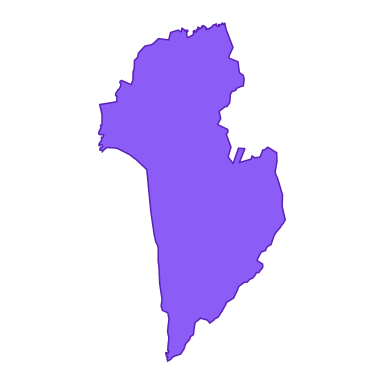 Jakusko, Yobe, Nigeria (Equal Earth projection)
{"feature_id": "59680162B40329870656537", "entity_name": "Jakusko", "entity_type": "district", "adm_level": 2, "iso_a3": "NGA", "parent_name": "Nigeria", "parent_adm1": "Yobe", "projection": "equal_earth", "projection_center": [10.871, 12.419], "detail": "fine", "context": "isolated", "style": "filled", "palette": "violet", "viewbox_px": 384, "rotation_deg": 0, "n_neighbors": 0, "source": "geoboundaries", "source_scale": "gbopen_adm2", "svg_char_len": 5832}
<svg xmlns="http://www.w3.org/2000/svg" viewBox="0 0 384 384"><path d="M285.3,219.9L282.2,206.6L282.5,195.0L278.8,182.4L277.4,178.0L275.7,174.5L275.2,171.6L277.0,161.3L276.6,152.5L276.0,152.3L267.8,147.2L266.5,148.2L264.7,149.8L263.9,150.0L262.8,149.9L260.1,157.0L255.0,157.8L252.1,156.0L251.0,159.2L239.4,162.5L244.7,149.2L244.5,148.6L238.5,148.2L233.1,163.5L228.1,156.9L231.0,147.0L226.3,134.5L227.9,131.9L227.7,129.5L217.6,124.5L220.7,118.7L220.6,118.0L219.1,111.3L225.3,106.5L226.9,106.6L229.7,102.7L230.3,96.2L230.1,95.6L231.4,92.0L235.9,90.2L236.4,88.4L242.2,86.0L243.3,86.0L244.1,79.5L244.1,78.7L243.1,75.1L239.7,72.9L239.2,71.4L238.0,61.8L229.6,58.3L229.0,57.6L229.1,56.1L229.3,55.5L233.0,47.4L226.2,29.7L226.1,29.4L225.1,24.8L225.0,24.3L225.0,23.7L224.7,23.3L224.4,23.6L224.4,24.0L224.3,24.4L224.5,24.7L224.4,24.9L224.1,24.8L223.8,24.4L223.4,24.3L223.1,24.2L222.8,24.4L222.5,24.4L222.6,24.0L222.7,23.5L222.7,23.2L222.4,23.0L222.1,23.2L221.9,23.6L221.8,24.0L221.7,24.2L221.2,24.4L220.5,24.6L219.9,24.5L219.1,24.6L218.6,24.6L218.5,24.9L218.8,25.3L219.1,25.5L219.3,25.8L219.3,26.1L219.2,26.4L218.1,26.3L217.4,26.0L216.6,26.0L216.3,25.8L216.2,25.4L216.2,25.0L216.2,24.7L216.4,24.5L216.5,24.1L216.3,23.9L216.0,23.9L215.9,24.4L215.7,24.6L215.6,24.9L215.2,24.8L214.5,24.7L213.7,24.8L212.8,25.5L212.4,26.0L212.0,26.8L211.3,27.1L210.8,27.8L210.3,27.8L209.8,28.0L209.5,28.3L209.2,28.5L209.0,28.8L208.7,29.0L208.4,28.9L208.1,28.7L207.5,28.7L207.2,29.0L207.0,28.8L206.6,28.8L206.4,29.1L206.2,29.5L205.9,29.3L205.9,28.9L206.0,28.4L205.8,28.1L205.8,27.7L206.0,27.4L205.7,27.2L205.3,27.1L205.1,26.7L204.9,26.5L204.7,26.4L204.3,26.5L203.8,26.5L203.7,26.3L203.7,25.9L203.6,25.6L203.1,25.7L202.9,26.0L202.5,26.3L202.0,26.2L201.8,26.2L201.7,26.9L201.7,27.3L201.9,27.5L201.1,28.0L200.1,28.7L199.9,28.6L199.8,28.2L199.8,27.9L199.5,27.9L199.4,28.3L199.2,28.8L199.1,29.1L198.9,29.0L198.8,28.4L198.7,27.9L198.6,27.5L198.4,27.3L198.1,27.2L197.9,27.3L197.9,27.9L197.9,28.4L197.6,28.9L197.5,29.5L197.6,29.9L197.4,30.1L197.2,30.1L197.1,29.7L196.8,29.7L196.5,29.8L196.4,30.3L196.5,30.9L196.6,31.2L196.6,31.6L196.1,31.8L195.4,32.1L194.7,32.1L194.4,31.9L194.3,31.6L194.5,31.3L194.8,31.3L194.8,30.9L194.5,30.7L193.9,30.6L193.7,31.1L193.3,31.5L193.2,31.8L193.3,32.1L193.5,32.4L193.6,32.9L193.6,33.4L193.3,33.9L193.0,34.2L192.8,34.8L192.6,35.3L192.0,35.5L191.7,35.7L191.0,35.7L190.6,36.0L190.2,36.3L189.9,36.6L189.6,36.9L189.1,36.9L188.6,37.1L188.3,37.4L188.1,37.7L187.8,37.7L187.4,37.3L187.0,36.8L186.8,36.2L187.0,35.8L186.9,35.3L186.6,34.9L186.8,32.8L186.9,32.4L187.2,32.0L187.5,31.6L187.8,31.4L187.9,31.0L187.9,30.6L187.7,30.4L187.3,30.4L186.9,30.3L186.6,30.1L186.2,30.3L186.2,30.8L186.1,31.2L186.0,31.5L185.4,31.5L185.1,31.2L184.9,30.7L184.8,30.3L184.5,29.8L183.7,29.5L183.2,29.2L182.8,29.0L182.6,28.9L182.6,28.6L182.5,28.4L182.2,28.2L181.9,28.4L181.7,28.6L181.7,29.3L181.6,29.7L181.7,30.4L181.6,30.8L181.5,31.3L181.2,31.8L178.2,30.1L173.7,31.5L172.0,32.1L170.6,32.5L168.7,40.0L167.2,39.7L158.5,38.6L153.5,43.4L151.2,44.8L144.9,46.1L140.4,50.9L138.5,53.1L137.6,57.3L134.4,60.5L134.4,60.8L134.2,68.6L134.1,68.8L133.1,71.8L132.9,80.2L131.5,83.6L131.1,84.6L121.5,80.4L121.0,80.8L120.2,81.2L119.8,82.0L120.2,82.9L120.5,83.7L120.9,84.1L120.9,84.7L120.7,85.6L120.4,86.5L120.0,87.4L119.6,88.3L119.2,88.9L118.7,89.5L118.0,89.7L117.6,90.5L117.2,91.5L116.9,91.9L116.5,92.0L116.2,92.7L116.0,93.2L115.8,94.1L115.6,94.7L115.6,95.5L115.8,95.8L116.4,95.9L116.7,96.0L116.8,96.8L116.9,97.8L116.8,99.1L116.9,100.0L116.8,101.6L112.9,102.4L106.9,103.4L99.7,104.5L102.0,114.4L102.0,124.6L101.4,124.7L100.9,124.9L100.7,125.4L100.5,126.0L100.7,126.8L101.0,127.4L101.0,128.0L100.8,128.5L100.4,129.0L100.1,129.5L99.6,130.3L99.4,130.9L99.2,131.5L98.9,132.2L98.7,132.8L98.8,133.6L99.0,134.1L99.4,134.4L99.9,134.6L100.4,134.7L100.9,134.5L101.4,134.5L101.9,134.7L102.4,134.9L102.9,135.0L103.2,134.8L103.5,134.9L103.7,135.7L103.5,136.4L103.2,136.9L102.8,137.4L102.4,137.5L101.9,137.2L101.4,137.2L101.3,137.7L101.4,138.4L101.6,139.0L101.6,139.8L101.3,140.6L100.6,141.6L99.9,142.6L99.2,143.6L99.0,144.2L98.9,145.1L99.0,145.5L99.4,145.6L99.8,145.7L100.1,145.2L100.5,144.9L100.9,144.6L101.3,144.5L101.7,144.6L102.1,145.0L102.4,145.5L102.7,146.2L102.4,146.8L101.9,147.1L101.2,147.2L100.8,147.4L100.2,148.1L100.2,148.8L99.8,149.3L99.8,149.7L100.0,150.1L100.3,150.1L100.8,150.1L101.2,150.2L101.8,150.6L102.3,150.9L102.4,151.6L104.6,149.2L107.1,147.5L115.3,148.0L117.9,148.7L129.6,154.6L136.5,159.9L146.8,169.6L150.8,211.3L154.2,234.8L155.9,242.2L156.9,243.7L157.7,245.7L158.0,247.1L158.2,248.5L158.2,257.0L158.2,261.8L158.9,266.0L159.7,283.9L162.1,299.6L161.1,306.1L162.5,310.4L166.8,312.4L168.0,313.4L168.2,313.8L168.3,315.8L169.0,318.7L167.6,330.6L167.7,332.5L168.7,336.9L168.8,337.5L168.8,338.7L168.0,346.0L167.8,350.5L168.4,350.7L168.9,351.1L168.7,351.8L168.3,352.9L167.9,353.6L167.7,353.7L167.2,353.4L166.9,352.9L166.9,352.6L166.8,352.4L166.4,352.5L165.8,352.9L165.7,353.2L165.8,353.6L165.8,354.0L166.2,354.8L166.5,355.2L166.5,356.6L167.2,356.4L167.8,356.9L167.9,357.3L167.8,357.5L167.2,358.3L167.1,358.6L167.1,359.2L167.3,359.7L167.6,360.4L167.6,361.0L170.1,359.8L173.5,356.5L180.8,354.0L184.1,348.8L185.1,345.4L186.1,343.3L189.5,339.6L190.5,336.6L193.4,334.7L194.2,328.1L195.1,322.5L200.0,318.8L200.4,318.1L202.6,318.8L207.3,320.1L209.8,323.1L214.4,319.6L214.9,318.7L218.0,317.3L222.6,310.3L222.6,310.1L226.0,304.0L226.2,302.6L229.2,300.8L233.6,298.1L237.5,290.0L238.0,288.5L238.8,286.4L243.9,282.5L247.4,282.0L249.8,279.2L252.6,278.2L254.8,275.6L256.3,273.0L256.8,272.6L258.0,272.6L258.6,272.7L262.8,267.3L262.6,264.0L261.2,263.2L257.2,260.6L257.5,259.2L261.1,252.1L265.5,250.5L266.9,247.1L270.0,245.0L271.0,244.7L273.8,236.3L275.4,233.3L276.8,231.5L278.4,229.7L280.4,227.3L281.5,225.4L283.3,223.3L285.2,220.0L285.3,219.9Z" fill="#8b5cf6" stroke="#5b21b6" stroke-width="1.5"/></svg>